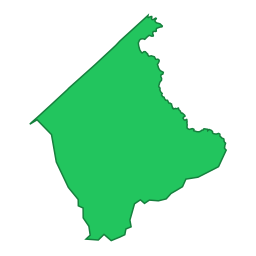 Buchanan, Virginia, United States of America (Equal Earth projection)
{"feature_id": "52423323B31243309181200", "entity_name": "Buchanan", "entity_type": "district", "adm_level": 2, "iso_a3": "USA", "parent_name": "United States of America", "parent_adm1": "Virginia", "projection": "equal_earth", "projection_center": [-81.918, 37.288], "detail": "fine", "context": "isolated", "style": "filled", "palette": "green", "viewbox_px": 256, "rotation_deg": 0, "n_neighbors": 0, "source": "geoboundaries", "source_scale": "gbopen_adm2", "svg_char_len": 2800}
<svg xmlns="http://www.w3.org/2000/svg" viewBox="0 0 256 256"><path d="M161.8,26.9L162.2,26.5L162.3,26.0L160.0,23.8L156.4,22.8L155.2,21.6L155.0,21.1L155.1,20.0L156.3,18.7L156.3,18.4L155.6,18.1L153.0,19.7L152.0,19.5L151.6,18.9L151.7,17.4L151.9,17.0L151.7,16.5L151.0,16.5L148.2,17.6L147.7,16.9L148.0,15.4L119.8,41.1L115.7,45.5L94.6,65.1L68.3,88.6L68.0,89.1L50.3,105.5L37.5,117.2L31.5,122.5L29.8,124.2L37.1,119.8L51.5,134.6L56.3,162.0L68.4,187.5L78.2,199.5L78.3,205.8L83.1,208.0L83.2,217.9L88.9,226.3L90.2,235.2L86.0,239.1L98.3,240.0L104.0,234.4L111.2,240.6L120.0,237.0L124.8,234.7L125.9,229.0L131.1,226.8L129.9,220.1L134.5,203.8L140.4,199.8L144.5,203.4L149.4,200.1L158.4,200.8L166.2,198.9L171.0,193.5L182.5,186.7L185.9,179.1L198.0,177.2L218.5,166.7L226.2,150.1L224.6,148.4L224.5,147.7L224.8,146.9L224.7,146.1L225.6,143.2L225.4,142.9L224.9,142.7L224.1,141.4L224.0,139.9L223.8,138.9L223.3,138.6L222.1,138.2L221.8,138.0L221.5,137.5L220.8,137.0L219.9,136.0L219.9,135.5L219.9,135.1L219.9,134.2L219.0,133.6L218.5,133.4L218.1,133.6L217.8,133.7L217.3,133.7L216.4,134.1L214.1,133.8L213.2,133.4L212.5,132.7L212.5,131.5L211.2,130.3L209.1,129.5L208.8,129.7L207.7,130.8L207.6,130.5L207.8,129.9L207.6,129.3L204.3,128.8L203.6,129.0L203.0,130.1L202.3,130.2L201.8,130.2L200.9,131.0L199.7,131.6L198.7,131.8L196.9,131.7L193.7,130.7L193.7,130.1L194.0,129.5L193.7,129.1L192.2,128.6L191.0,129.0L190.7,129.0L189.4,129.4L188.4,129.1L187.1,128.0L187.0,126.4L187.2,124.8L186.8,122.5L187.0,122.3L187.1,122.1L186.8,119.5L186.3,119.4L185.1,120.3L184.2,119.9L183.3,118.7L183.2,118.5L183.0,118.2L183.1,117.9L183.7,117.0L185.0,116.2L184.8,115.4L182.4,113.1L181.5,113.2L180.6,112.0L180.4,111.2L178.7,109.5L178.5,108.2L178.2,108.0L177.8,108.4L176.4,108.7L175.7,108.6L175.5,108.4L173.7,108.9L173.4,108.9L173.1,108.3L173.1,108.1L172.8,108.0L172.6,108.1L171.5,104.3L171.5,104.0L170.3,103.4L170.0,103.1L169.3,103.2L169.1,103.2L168.8,103.0L168.6,102.7L167.6,100.5L167.4,100.5L167.2,100.2L165.6,100.2L164.4,98.4L164.2,97.5L163.9,97.1L162.5,96.6L162.2,95.9L161.6,95.1L162.2,93.4L161.1,92.5L161.0,92.4L159.7,89.7L160.1,89.0L159.7,87.4L159.0,87.1L158.7,86.1L159.8,82.3L161.5,80.2L161.6,78.3L160.8,76.7L161.0,75.0L161.9,74.3L162.5,74.3L162.9,74.0L163.3,72.3L160.2,70.6L158.7,68.4L157.4,64.3L158.4,62.9L159.2,61.0L159.1,60.1L158.0,59.2L157.2,59.2L156.7,59.4L155.7,59.3L154.4,56.8L151.3,55.8L148.9,56.3L147.6,54.7L147.8,54.2L145.3,51.7L144.0,51.6L142.3,52.9L141.6,52.7L139.8,50.0L138.7,46.0L138.3,42.9L139.6,40.0L140.6,39.2L142.0,38.8L143.9,38.9L144.3,39.3L144.8,39.3L147.2,36.9L149.1,35.3L151.8,36.2L153.1,36.1L153.3,35.9L153.3,35.0L152.8,34.5L152.7,34.1L152.8,32.5L153.1,31.8L153.6,31.5L154.5,31.3L155.6,31.5L156.3,31.1L156.2,29.2L156.6,28.5L157.2,28.1L160.3,27.0L161.8,26.9L161.8,26.9Z" fill="#22c55e" stroke="#15803d" stroke-width="1.5"/></svg>